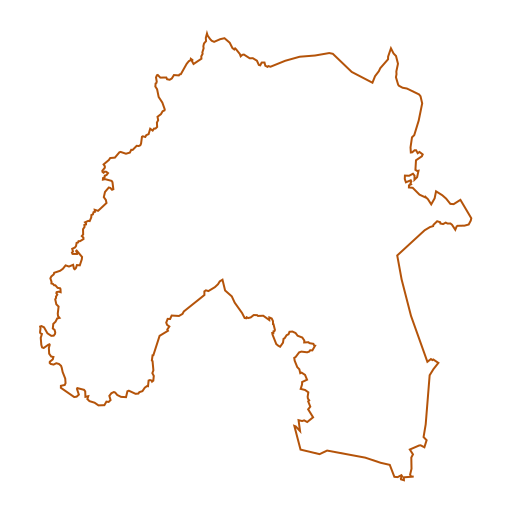 outline of La Manzanilla de la Paz, Jalisco, Mexico, rotated 181°
{"feature_id": "50627088B53940802277719", "entity_name": "La Manzanilla de la Paz", "entity_type": "district", "adm_level": 2, "iso_a3": "MEX", "parent_name": "Mexico", "parent_adm1": "Jalisco", "projection": "equal_earth", "projection_center": [-103.078, 20.026], "detail": "fine", "context": "isolated", "style": "outline", "palette": "amber", "viewbox_px": 512, "rotation_deg": 181, "n_neighbors": 0, "source": "geoboundaries", "source_scale": "gbopen_adm2", "svg_char_len": 6062}
<svg xmlns="http://www.w3.org/2000/svg" viewBox="0 0 512 512"><g transform="rotate(181 256 256)"><path d="M124.7,466.0L127.4,457.6L127.4,455.0L135.0,446.0L136.4,442.9L140.1,437.9L142.6,431.3L163.5,441.7L182.7,459.5L186.3,460.2L200.4,457.5L215.8,456.0L230.2,451.7L244.8,445.5L247.0,446.1L247.8,445.3L250.0,446.4L250.9,449.6L253.7,449.5L255.1,446.7L256.5,447.1L258.5,451.3L262.6,453.7L265.8,453.6L271.6,457.2L273.2,456.9L274.8,455.4L275.7,457.7L279.5,462.3L280.5,463.2L281.3,462.1L283.2,463.5L286.0,468.8L291.3,473.2L295.5,472.2L301.6,469.4L304.0,470.4L305.6,472.0L308.2,475.5L308.9,477.6L310.0,473.1L309.7,470.0L311.7,467.6L312.3,464.8L312.0,462.8L313.2,458.6L312.9,457.2L314.2,454.7L314.0,452.3L321.8,446.9L323.3,449.5L323.0,450.9L324.6,452.0L324.8,450.6L326.6,449.6L328.7,446.9L334.3,436.5L335.6,436.2L336.3,435.2L341.2,435.5L343.3,432.0L345.4,430.7L348.0,431.2L348.8,432.9L354.8,432.7L357.4,435.3L358.2,435.0L359.1,432.8L358.3,428.7L358.6,427.3L359.4,426.7L359.6,423.7L357.8,421.0L356.1,413.3L352.3,407.7L349.8,401.0L350.0,400.0L351.9,399.1L353.5,396.2L356.9,393.5L356.2,390.1L357.4,387.7L357.1,383.3L358.7,381.7L360.2,381.6L361.5,379.6L364.0,381.4L365.5,376.0L367.8,374.9L368.8,373.1L371.3,373.7L372.1,373.2L372.9,366.3L373.6,364.7L375.2,363.9L377.2,364.1L381.2,359.9L382.6,360.0L383.9,357.2L387.8,356.0L393.2,357.7L394.4,357.3L398.8,351.9L403.5,351.4L404.8,349.4L410.0,344.9L408.7,343.1L408.7,341.6L411.1,338.6L411.0,337.5L409.9,336.6L408.8,337.7L407.2,337.6L405.4,336.3L406.9,334.3L408.6,333.7L408.7,332.2L410.3,331.3L410.4,329.7L408.2,330.2L401.7,328.6L400.8,327.3L399.8,320.3L401.1,319.7L402.8,321.5L404.4,321.9L408.1,317.4L409.2,312.2L407.1,309.4L406.4,306.4L414.7,298.4L418.1,299.4L417.8,297.4L419.2,297.0L419.8,294.8L421.3,294.1L421.4,291.7L422.9,288.0L424.3,288.2L427.5,286.7L426.5,285.6L426.5,284.6L428.2,284.0L427.9,282.1L429.4,279.8L429.2,274.5L430.5,272.9L428.9,271.4L428.8,269.9L432.3,267.7L433.7,267.7L434.2,266.4L435.6,266.0L436.1,262.9L437.1,261.4L439.9,260.0L439.1,257.3L440.1,256.2L439.5,254.9L434.9,254.9L434.5,255.7L435.9,257.8L435.4,258.3L429.9,252.0L430.1,249.7L432.0,243.6L434.9,243.8L435.8,240.9L437.0,239.6L437.8,240.2L438.7,244.0L442.8,242.2L446.2,243.3L448.9,239.8L451.6,237.8L457.5,235.7L457.9,234.1L460.3,232.0L461.2,230.1L460.0,226.6L460.1,225.0L458.5,224.5L457.3,223.2L456.1,223.2L453.8,220.7L451.3,220.3L450.9,219.5L450.7,216.4L452.5,216.9L454.7,216.4L455.0,215.4L454.0,213.9L455.3,211.9L455.2,210.6L456.0,209.2L454.8,204.2L452.5,202.0L453.2,195.0L452.9,192.5L451.4,190.7L453.7,190.1L455.3,186.8L457.5,184.6L457.9,180.0L456.1,178.6L455.4,176.2L455.6,174.6L456.9,172.8L459.3,172.6L463.2,175.1L466.7,181.0L469.3,182.2L470.6,181.7L470.2,180.1L470.6,176.0L470.2,175.0L468.7,174.3L469.8,170.4L469.1,163.4L468.3,160.9L466.7,160.3L462.2,163.6L461.0,164.1L460.7,163.6L461.5,160.5L461.1,154.7L459.0,151.9L456.8,151.5L457.4,149.1L460.3,146.7L460.4,145.5L459.4,144.5L456.5,143.9L453.8,145.3L451.1,144.6L449.0,142.8L448.3,140.9L447.3,136.6L444.6,130.1L444.2,125.6L445.0,123.7L448.8,122.8L448.8,120.8L435.3,111.8L432.9,112.2L430.7,114.3L432.7,120.0L432.3,120.8L425.6,119.2L424.4,117.7L424.1,112.2L421.3,112.9L422.1,110.0L420.0,108.0L414.8,106.5L410.9,103.9L405.0,104.2L403.0,107.8L400.8,107.5L398.9,109.4L400.2,113.6L398.2,116.3L395.7,117.5L394.4,117.0L392.3,114.6L388.5,112.8L383.5,112.6L382.2,118.5L380.8,119.1L374.0,116.1L371.2,116.4L370.3,117.8L367.2,118.9L364.9,122.4L362.8,124.0L361.7,123.9L361.2,129.6L359.9,130.1L358.1,129.6L357.7,128.6L356.5,129.6L356.1,134.3L357.6,137.1L356.6,139.9L357.6,149.1L358.3,149.7L357.7,154.9L356.9,155.0L351.0,174.5L342.7,179.7L343.4,181.0L341.4,184.0L343.7,185.6L344.6,187.8L343.2,191.6L340.8,191.5L339.3,195.0L332.0,194.7L328.5,196.8L327.2,199.3L306.9,216.1L307.0,219.7L305.5,220.8L303.0,220.1L296.6,224.1L293.5,227.1L291.8,230.0L289.1,231.7L286.3,221.0L279.5,215.2L276.5,209.0L268.9,198.7L266.3,193.8L264.7,193.6L264.3,194.6L262.8,193.8L260.2,194.5L257.3,196.9L253.9,196.9L253.0,196.1L247.7,196.4L241.6,192.2L241.6,194.8L239.2,193.8L237.9,191.2L237.8,188.2L237.3,188.1L235.8,182.4L236.3,181.2L237.2,181.0L237.3,179.2L238.4,179.2L238.1,177.7L234.2,168.3L232.2,166.7L230.3,165.7L227.5,169.8L227.0,173.7L225.9,174.3L224.0,177.4L222.1,178.3L221.2,180.8L218.3,181.1L215.1,179.7L213.0,177.0L208.3,175.3L206.2,172.3L206.3,170.4L202.0,170.7L201.1,169.8L197.1,169.2L196.2,167.4L195.4,167.3L198.0,162.6L200.2,162.7L201.1,161.4L203.2,160.6L208.9,161.2L211.2,160.4L214.6,155.7L216.0,154.8L215.5,152.0L212.8,145.6L210.7,143.5L209.7,139.6L208.4,140.2L204.9,138.0L202.8,133.2L207.7,130.8L207.7,128.4L209.0,123.9L204.6,122.9L201.3,120.6L201.9,116.2L201.6,114.3L200.3,112.6L201.3,111.6L199.1,106.3L201.2,103.6L196.1,95.7L201.9,90.9L205.0,92.5L207.0,91.8L210.6,92.6L208.9,81.7L213.3,86.3L214.7,86.8L208.1,63.2L189.0,59.0L181.5,62.7L143.3,56.3L127.7,51.4L118.6,49.5L113.8,37.6L110.5,37.4L106.8,39.4L106.2,38.5L107.3,36.1L107.1,35.2L104.2,34.4L104.4,37.3L94.5,38.2L97.1,38.2L98.1,40.1L96.8,46.0L97.2,57.2L95.6,60.4L98.8,65.2L89.6,69.4L88.1,69.6L84.3,67.7L82.2,74.8L85.3,77.9L83.4,90.6L80.3,139.8L76.6,146.0L71.8,152.3L76.9,155.6L77.8,155.0L79.3,156.0L82.8,153.2L100.0,198.9L110.0,235.1L114.8,259.0L87.8,284.7L82.5,288.0L79.4,289.0L79.1,290.3L75.5,293.9L72.5,293.0L72.2,291.7L69.5,291.2L66.9,292.7L65.1,291.8L62.2,291.9L60.6,290.7L57.2,285.7L55.9,289.1L55.0,289.7L48.0,290.0L43.9,291.2L41.9,295.1L41.4,297.5L52.6,315.7L59.3,311.3L62.6,311.5L66.9,316.7L70.8,320.0L77.1,323.8L78.4,316.8L81.7,310.7L85.1,315.8L87.6,318.1L87.8,317.6L93.6,320.2L100.5,326.9L104.3,327.2L104.3,329.3L102.2,330.4L102.9,331.3L102.0,333.2L102.6,334.4L107.4,332.3L108.6,335.7L108.5,339.0L104.3,338.9L100.5,341.0L98.9,339.1L98.9,335.0L96.3,337.6L95.0,344.1L96.3,343.8L98.1,344.9L97.7,354.5L91.9,358.6L91.1,360.5L94.4,362.9L96.1,361.6L97.8,364.5L99.3,364.5L101.6,362.4L103.0,362.2L103.4,367.3L102.1,377.4L99.9,379.6L95.7,394.2L92.5,411.5L94.3,418.6L95.8,420.4L108.1,426.1L112.4,426.8L116.2,428.8L116.9,429.9L119.2,437.2L118.7,440.2L118.9,443.0L117.4,450.7L119.5,458.4L122.0,460.9L124.7,466.0Z" fill="none" stroke="#b45309" stroke-width="2"/></g></svg>